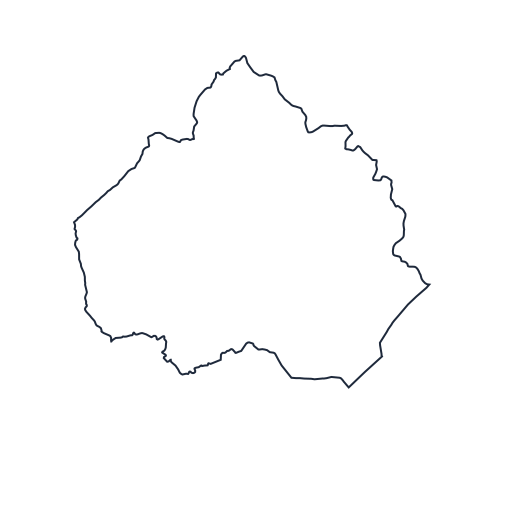 San Jerónimo, Comayagua, Honduras, rotated 130°
{"feature_id": "27666195B29530067641484", "entity_name": "San Jerónimo", "entity_type": "district", "adm_level": 2, "iso_a3": "HND", "parent_name": "Honduras", "parent_adm1": "Comayagua", "projection": "mercator", "projection_center": [-87.555, 14.647], "detail": "fine", "context": "isolated", "style": "outline", "palette": "slate", "viewbox_px": 512, "rotation_deg": 130, "n_neighbors": 0, "source": "geoboundaries", "source_scale": "gbopen_adm2", "svg_char_len": 6154}
<svg xmlns="http://www.w3.org/2000/svg" viewBox="0 0 512 512"><g transform="rotate(130 256 256)"><path d="M350.0,413.3L351.9,412.4L352.3,410.4L352.6,409.8L354.8,408.6L355.9,407.4L357.0,405.7L357.3,405.0L357.2,404.3L357.6,403.8L358.6,403.5L359.7,403.9L360.4,403.8L362.1,403.0L363.8,401.8L364.9,399.7L366.6,394.5L368.2,392.8L372.3,389.3L374.6,385.1L376.2,383.5L377.0,382.2L379.4,377.2L382.0,373.7L384.8,371.3L386.5,369.4L387.9,368.4L392.4,362.3L393.6,361.7L396.7,360.7L397.8,360.1L398.5,359.4L400.1,356.8L401.9,355.4L402.3,354.2L403.0,353.5L403.4,353.4L405.0,353.5L406.5,353.0L407.2,352.0L407.8,350.0L408.5,344.6L409.0,342.3L409.5,338.4L409.9,337.2L411.0,335.3L411.6,333.7L411.6,333.0L411.0,330.4L411.0,328.4L412.5,326.2L413.1,325.9L413.2,325.5L412.9,323.0L411.2,317.4L411.0,316.1L411.8,314.4L414.2,312.4L414.5,311.9L414.3,311.8L413.5,312.0L412.0,311.7L409.0,310.8L405.5,307.2L404.2,306.3L403.1,306.1L402.3,304.8L400.9,303.4L397.4,301.1L396.4,300.0L395.4,299.9L394.0,300.5L393.2,300.3L393.1,299.9L393.4,299.2L393.5,298.5L393.4,297.7L393.1,297.2L392.1,296.3L390.3,295.3L388.7,294.2L388.0,293.3L386.6,289.7L385.5,284.0L384.6,283.5L382.9,283.0L382.0,281.9L381.9,280.7L382.5,279.6L383.4,278.6L383.3,277.7L382.5,277.2L377.7,275.8L376.9,275.3L376.6,274.8L377.0,274.0L378.0,273.4L378.5,272.8L378.7,272.1L378.8,270.8L379.5,269.5L380.7,268.8L384.1,266.3L385.5,265.7L387.2,265.4L388.2,265.6L389.3,266.1L390.1,266.0L390.3,265.6L389.8,261.9L390.0,261.2L390.7,260.9L392.6,261.5L393.5,261.0L394.1,256.1L393.6,255.6L392.7,255.1L390.5,254.8L390.3,254.6L391.1,253.9L391.7,252.6L391.7,247.2L392.9,242.8L394.4,239.3L394.4,237.4L394.1,236.2L391.1,233.9L390.0,232.2L389.3,232.2L387.6,232.7L387.1,232.5L386.7,231.8L386.9,230.7L386.8,230.1L386.3,229.1L385.7,228.5L384.5,228.1L383.9,228.1L382.8,229.0L382.0,230.6L381.6,230.8L381.0,230.7L379.9,230.0L378.0,228.4L375.3,227.7L374.9,227.3L375.0,226.6L373.0,225.0L370.9,222.8L370.2,222.9L369.1,223.5L368.7,223.4L367.8,221.4L358.2,216.3L354.1,219.4L352.6,219.6L351.6,219.3L350.3,217.7L349.3,217.3L347.3,217.1L346.2,216.0L343.5,215.3L342.9,214.7L342.7,213.6L343.2,210.0L343.4,209.5L343.0,209.0L340.5,207.7L338.2,206.3L329.4,207.2L327.7,206.7L326.6,205.8L325.1,202.2L325.3,201.3L326.0,200.4L326.2,199.6L326.1,194.1L325.6,193.4L323.3,191.3L322.0,189.1L321.0,187.0L320.8,183.6L318.8,180.4L318.5,179.2L318.8,177.9L321.0,172.5L323.4,166.0L326.5,150.6L324.1,147.2L321.3,143.8L318.9,140.3L314.5,134.7L312.8,131.9L306.9,126.1L306.2,125.2L304.2,123.4L300.2,120.5L295.6,113.8L295.1,112.6L295.2,111.0L295.5,109.2L295.8,108.2L297.1,100.5L274.5,98.0L251.9,94.9L251.4,96.0L250.5,96.7L244.6,103.6L242.8,105.3L230.3,107.0L226.8,107.7L221.7,108.1L219.4,108.5L216.5,108.6L211.2,108.5L195.4,108.4L184.0,107.1L170.7,105.0L166.5,104.9L167.6,106.6L168.0,108.3L168.1,109.1L167.7,112.5L166.9,114.7L164.6,118.0L164.1,119.5L163.0,121.5L162.2,123.7L161.9,125.5L162.0,126.6L162.3,127.5L163.5,129.2L165.5,131.6L166.0,132.7L166.0,133.2L164.7,135.0L164.5,137.0L164.8,138.4L166.1,140.6L166.3,141.4L164.8,143.4L164.2,145.2L164.5,146.2L166.5,150.2L166.6,151.3L166.3,152.2L164.3,154.3L162.1,155.7L160.5,156.6L158.5,157.0L156.3,157.1L152.1,155.9L149.1,155.4L147.3,155.3L146.3,155.5L145.0,156.2L141.7,158.8L140.6,159.4L137.9,162.5L136.2,164.0L134.1,165.2L129.9,166.9L128.6,167.8L127.7,168.6L126.2,172.4L125.9,174.3L126.3,176.0L126.2,177.8L126.4,179.1L126.9,180.0L127.8,180.2L128.2,180.9L125.6,187.4L125.9,188.2L125.7,188.9L124.8,190.2L122.1,192.2L117.2,194.6L114.8,198.1L114.0,198.8L112.7,199.3L111.1,200.8L111.5,206.1L112.0,207.5L112.9,209.2L113.6,209.9L114.4,210.1L115.2,210.0L117.1,209.3L118.2,209.5L119.5,210.8L122.0,214.5L122.1,215.1L121.6,215.8L120.5,216.6L116.3,217.4L114.2,218.1L111.7,219.1L109.1,222.5L106.1,224.2L105.2,225.2L105.3,225.5L107.6,228.6L106.9,234.9L107.1,238.5L107.0,240.6L106.7,242.5L105.6,246.1L106.1,248.4L106.9,248.7L110.4,248.7L111.9,249.0L112.8,249.4L113.3,250.1L113.8,251.5L114.9,253.7L116.1,255.4L116.3,256.7L114.3,258.0L111.2,260.7L110.1,261.1L105.8,261.5L104.8,261.3L103.3,261.4L100.9,260.9L100.3,261.1L99.8,261.7L99.4,262.5L99.0,265.5L97.9,269.4L97.5,270.1L97.5,270.5L98.0,271.2L99.4,272.1L101.7,274.4L105.7,279.6L107.4,281.0L108.8,282.7L112.4,287.8L113.4,288.9L115.0,289.7L117.8,290.3L124.0,292.3L125.2,292.9L126.4,293.9L127.3,294.9L127.6,295.5L127.2,296.6L125.0,300.4L123.0,303.1L121.8,304.2L120.0,304.9L118.4,305.8L117.1,307.0L116.3,308.9L115.6,313.2L114.0,316.0L114.1,317.1L116.0,321.7L117.0,323.7L117.4,325.0L117.5,326.5L117.3,329.0L117.5,334.7L116.6,338.5L116.2,341.9L115.6,344.0L114.8,345.4L109.6,352.3L108.8,354.3L107.3,356.6L107.6,358.7L108.2,360.5L110.2,365.0L110.8,365.6L113.9,367.5L115.1,368.7L115.7,369.6L116.5,376.1L115.1,381.9L113.8,386.6L110.7,391.0L110.2,392.5L110.3,393.5L110.9,394.1L111.8,394.3L116.7,394.4L119.5,396.9L120.8,397.5L127.4,397.6L128.8,397.1L129.5,396.2L132.8,397.6L134.1,397.9L137.2,398.4L138.2,398.0L139.1,398.8L139.9,400.1L139.9,401.2L139.6,402.4L139.7,403.0L140.5,403.6L141.8,404.0L145.0,401.5L146.6,401.2L148.3,401.2L149.6,400.6L153.2,400.3L154.4,399.5L155.8,399.1L156.3,399.2L158.5,401.3L161.1,402.1L168.3,402.2L170.8,402.1L175.6,401.0L180.2,399.1L181.9,398.4L187.0,395.3L188.2,394.4L189.0,393.6L190.5,388.5L191.3,387.1L192.4,386.6L196.5,386.6L200.0,384.5L201.9,383.8L202.7,383.1L203.9,381.1L205.2,380.0L206.0,379.0L206.3,378.8L206.6,379.0L207.3,379.9L208.8,380.6L209.5,381.1L209.8,381.7L210.0,383.0L210.7,384.2L213.9,387.0L215.3,387.9L217.6,387.6L218.0,388.0L218.6,389.5L220.5,395.9L221.5,398.1L222.6,399.8L222.5,403.5L222.7,405.9L223.2,408.1L223.9,409.4L226.6,412.2L229.8,413.1L232.5,414.5L233.6,414.9L234.3,414.9L234.8,414.8L235.9,413.2L239.0,410.2L239.9,409.0L240.6,408.6L241.2,408.6L243.4,409.8L244.4,410.2L246.0,410.5L247.3,410.4L248.8,409.9L250.8,408.6L253.6,408.1L257.3,406.7L258.6,406.6L261.4,406.7L266.1,405.5L266.8,405.7L269.4,407.3L273.1,408.4L279.6,408.2L284.0,408.4L285.8,408.9L289.0,408.1L290.2,408.1L291.6,408.4L295.4,409.8L299.2,410.3L301.7,411.2L303.8,411.2L306.7,411.5L310.9,412.3L314.0,412.5L317.8,413.4L323.8,414.0L329.3,414.9L336.7,415.5L339.7,416.1L341.5,416.8L342.3,416.5L343.0,416.4L347.1,417.1L348.5,414.6L350.0,413.3Z" fill="none" stroke="#1e293b" stroke-width="2"/></g></svg>